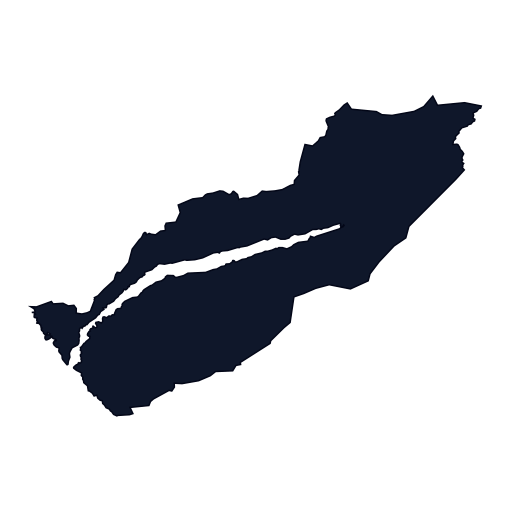 the district of Forsand nor, Rogaland, Norway
{"feature_id": "86288312B53803854392710", "entity_name": "Forsand nor", "entity_type": "district", "adm_level": 2, "iso_a3": "NOR", "parent_name": "Norway", "parent_adm1": "Rogaland", "projection": "mercator", "projection_center": [6.322, 59.02], "detail": "fine", "context": "isolated", "style": "filled", "palette": "ink", "viewbox_px": 512, "rotation_deg": 0, "n_neighbors": 0, "source": "geoboundaries", "source_scale": "gbopen_adm2", "svg_char_len": 5955}
<svg xmlns="http://www.w3.org/2000/svg" viewBox="0 0 512 512"><path d="M350.4,288.9L368.2,280.8L370.0,273.8L379.1,261.8L394.1,245.9L405.8,237.9L408.9,226.4L455.6,179.5L464.3,169.9L462.3,167.7L462.8,166.6L462.7,165.0L463.7,163.4L462.1,162.4L461.8,161.3L462.8,160.0L462.1,158.9L462.0,157.1L463.7,153.8L462.3,151.5L460.2,149.3L459.6,147.3L458.0,144.7L456.9,144.2L452.8,144.5L453.5,140.9L455.7,138.6L455.4,137.5L455.7,136.2L459.1,132.9L458.6,131.7L461.8,127.8L467.3,126.1L468.2,124.7L471.1,123.9L472.7,121.8L474.5,121.0L474.9,119.3L472.9,118.2L473.7,115.2L473.1,113.7L473.2,112.9L476.7,111.3L478.7,108.7L480.6,108.1L481.3,106.0L464.6,102.7L437.5,105.3L432.8,96.1L423.8,106.6L414.2,111.4L392.1,115.4L381.9,114.7L376.4,111.6L351.4,109.2L347.2,103.0L344.1,105.0L339.4,109.9L335.3,112.8L334.8,113.6L335.4,114.9L334.5,116.1L329.9,117.3L326.5,118.9L326.1,120.3L326.2,121.2L328.6,127.0L328.1,127.8L328.1,129.3L326.8,131.1L325.9,135.2L324.7,136.8L320.2,137.6L318.4,140.9L312.6,146.0L305.0,144.5L300.3,161.8L299.0,170.1L299.2,171.2L298.6,171.7L299.2,175.0L294.5,180.5L294.2,184.4L290.4,185.4L282.3,189.6L275.1,190.9L266.2,191.6L262.2,191.1L257.1,195.6L248.1,198.4L243.4,198.2L238.8,199.5L237.5,194.5L233.7,191.3L232.9,191.5L231.3,193.8L229.1,194.7L223.1,191.3L219.8,190.9L213.0,193.1L207.3,193.9L205.4,194.9L202.7,197.7L192.7,198.9L178.2,205.0L180.3,212.6L175.9,222.1L166.2,223.2L165.0,225.9L165.4,230.1L164.9,230.6L160.6,231.1L155.6,234.8L151.1,234.2L149.2,233.4L146.4,234.8L146.1,234.6L146.1,233.1L145.0,232.4L144.3,232.7L143.3,233.8L142.2,236.4L140.5,239.0L139.8,239.2L132.2,249.1L128.7,262.5L120.5,272.8L117.2,272.3L115.7,274.6L114.1,280.2L103.9,289.5L98.0,295.8L94.5,297.6L94.9,298.0L94.2,299.5L94.5,300.5L92.3,306.2L92.5,306.8L91.9,307.1L90.4,311.3L87.1,312.8L81.9,314.0L76.2,313.1L76.3,308.5L73.9,305.3L68.3,305.9L63.0,303.3L53.1,303.9L51.4,301.5L36.5,306.9L30.7,306.7L34.6,309.1L34.4,309.7L35.2,311.5L35.0,312.0L31.8,312.4L33.8,312.6L35.3,313.7L35.5,314.3L34.3,314.4L34.1,317.0L35.0,317.7L36.9,317.9L36.8,320.6L38.0,322.2L37.0,322.4L36.8,323.1L39.5,323.6L39.9,324.6L40.7,325.0L41.1,327.5L41.9,328.0L41.2,328.9L41.6,330.3L43.3,331.8L43.6,333.3L44.8,334.4L47.0,334.1L47.7,332.6L47.0,332.1L50.3,333.9L49.9,335.0L47.5,334.7L45.1,336.1L44.9,338.1L45.7,339.7L46.7,339.9L48.8,339.0L50.6,337.8L51.0,337.1L50.9,336.4L51.3,336.1L52.1,336.4L52.2,337.5L53.0,338.4L56.0,339.6L56.3,340.3L56.0,340.9L54.5,340.8L53.4,342.6L53.4,343.5L54.2,345.1L56.4,347.1L58.9,347.8L59.1,349.1L58.8,350.5L59.0,351.8L62.0,355.3L62.2,358.4L62.8,359.7L66.9,364.7L67.5,364.7L68.0,364.3L68.4,361.1L69.9,357.2L69.4,353.6L69.9,351.8L72.1,347.8L77.6,345.0L78.7,343.4L79.1,340.5L78.9,337.8L79.5,336.9L79.6,335.5L78.7,332.4L79.5,331.0L79.6,328.9L79.9,328.3L81.3,327.4L82.1,328.3L83.5,326.1L84.8,326.1L86.3,324.5L87.0,324.6L89.0,322.2L95.6,317.8L97.7,315.1L99.2,314.4L100.6,311.6L103.9,309.4L103.0,307.9L106.0,307.7L106.4,307.2L106.8,305.0L107.7,303.9L109.0,303.9L113.6,301.2L115.4,298.7L118.1,296.7L119.0,295.0L121.9,292.8L123.1,291.2L123.9,289.3L125.7,289.8L127.1,288.7L128.0,287.5L127.9,286.6L129.3,286.6L129.2,285.8L129.7,285.5L129.8,284.7L134.6,283.2L136.3,281.9L137.3,280.0L139.8,277.6L142.2,276.8L143.2,275.5L144.5,275.0L144.9,274.4L144.6,273.3L144.7,272.5L145.1,272.0L151.8,269.7L154.6,267.0L156.3,266.1L157.6,264.3L159.6,263.6L164.6,264.2L170.1,263.0L172.3,263.2L184.7,259.8L186.8,260.3L194.8,259.7L202.7,257.8L213.4,252.9L217.6,252.3L219.4,253.0L220.4,251.5L222.5,250.9L227.6,250.5L237.1,247.6L239.5,247.6L240.0,247.1L247.0,245.9L264.1,239.0L267.6,239.9L271.3,237.6L275.5,237.0L280.8,239.2L285.1,239.2L289.0,238.0L290.4,236.3L294.5,234.1L298.0,234.9L305.0,233.8L312.6,229.5L316.4,229.4L318.7,228.7L321.4,229.4L323.3,228.2L327.9,227.6L333.2,225.2L340.1,223.3L340.7,224.0L340.5,224.3L340.7,225.2L340.5,225.3L340.8,225.6L340.8,227.1L342.3,227.0L343.7,224.9L344.1,225.4L342.9,226.9L340.9,227.6L339.6,228.8L316.6,236.2L314.3,237.5L310.5,236.3L310.2,237.7L309.3,238.5L307.9,241.2L298.4,242.4L293.8,244.7L291.7,246.7L286.9,248.9L282.4,247.6L278.9,247.6L276.9,248.9L276.0,248.3L272.2,250.0L267.7,251.3L265.1,251.3L262.0,252.9L255.1,254.5L251.5,256.8L247.9,257.6L246.7,258.7L242.1,259.4L237.2,261.8L235.3,262.1L234.2,260.7L233.1,260.4L232.7,260.6L232.8,261.4L229.8,263.8L226.3,264.0L225.8,264.3L225.7,265.2L224.5,266.0L221.3,266.5L216.9,269.0L213.2,269.6L205.7,272.4L187.9,273.2L183.6,275.6L176.7,277.4L175.2,277.3L173.4,275.6L167.3,275.4L165.4,277.0L165.3,277.8L164.6,278.6L161.6,280.8L156.0,282.2L152.1,285.2L150.5,285.6L144.2,289.6L143.1,290.7L142.5,292.1L141.0,293.0L138.6,296.2L137.4,297.1L132.6,297.6L124.7,301.4L122.6,303.5L122.1,304.4L122.4,305.4L121.4,306.8L121.0,308.4L117.6,308.7L116.2,309.6L114.5,313.5L114.5,314.6L114.2,314.7L114.6,314.9L112.2,314.8L111.3,316.1L108.8,316.0L106.8,317.7L104.1,316.8L103.0,317.1L102.5,318.8L102.8,321.3L101.5,323.0L98.6,321.8L95.9,322.4L95.6,323.4L97.1,326.0L96.6,327.4L95.3,327.8L93.1,326.1L92.8,326.6L93.1,327.9L90.7,328.8L89.9,329.9L90.3,331.0L89.1,331.4L87.7,333.5L87.4,334.9L88.4,336.1L89.9,336.4L89.7,338.6L86.1,341.5L85.0,343.0L84.0,343.4L81.4,347.0L80.4,347.4L80.7,348.6L80.3,350.1L81.4,351.2L81.3,352.7L81.7,353.1L80.3,355.0L80.6,356.4L81.5,358.1L80.9,359.0L81.7,361.0L81.3,361.5L81.4,362.2L80.1,363.2L78.9,362.6L78.3,363.0L77.8,364.3L76.3,364.8L74.1,366.7L73.6,367.4L73.7,368.2L76.4,370.3L81.6,372.9L81.3,375.5L82.8,377.1L82.7,379.2L83.5,380.6L83.8,382.7L87.5,385.8L88.3,390.8L89.6,391.1L92.4,393.2L94.1,396.0L96.8,395.2L97.8,398.2L100.2,400.3L102.3,400.7L102.7,403.5L104.4,405.0L106.1,407.7L109.3,409.1L110.5,411.0L111.6,411.6L113.6,414.4L116.9,415.9L117.7,415.4L129.5,414.7L132.9,413.6L130.0,407.4L148.9,405.5L150.5,401.5L153.5,398.9L169.0,390.4L171.8,391.0L174.4,387.1L174.2,383.2L182.1,383.6L198.6,380.7L210.3,375.7L215.6,371.5L232.7,370.8L236.0,365.4L240.6,364.5L240.3,362.4L270.1,343.4L270.7,340.7L283.9,327.7L290.1,322.5L293.9,296.9L303.7,293.5L315.7,288.3L329.2,284.7L350.4,288.9Z" fill="#0f172a" stroke="#020617" stroke-width="1.5"/></svg>